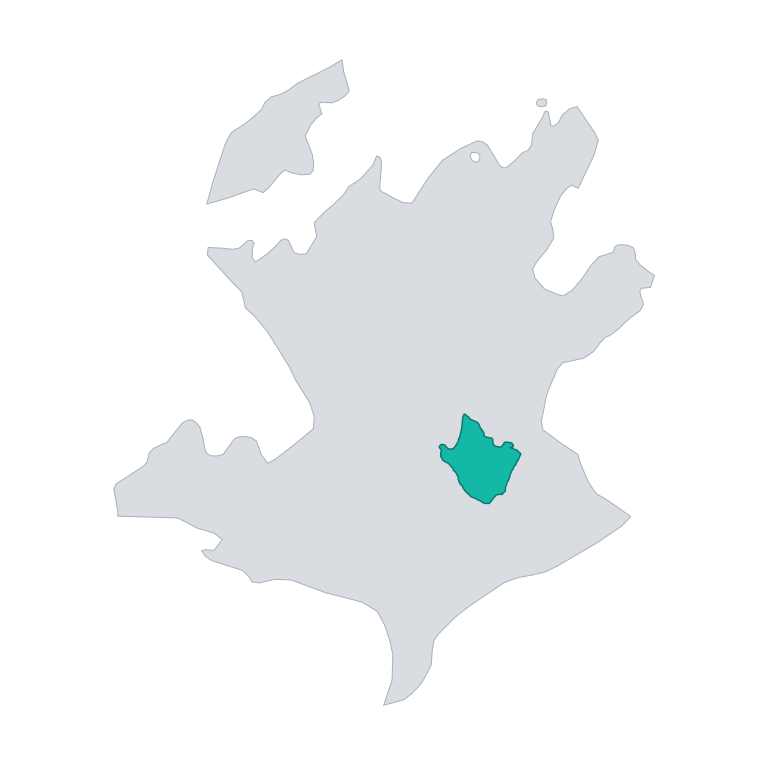 Ismailli District, İsmayıllı, Azerbaijan (highlighted), rotated 94°
{"feature_id": "54616110B45290451128830", "entity_name": "Ismailli District", "entity_type": "district", "adm_level": 2, "iso_a3": "AZE", "parent_name": "Azerbaijan", "parent_adm1": "İsmayıllı", "projection": "equal_earth", "projection_center": [48.125, 40.803], "detail": "fine", "context": "in_parent", "style": "filled", "palette": "teal", "viewbox_px": 768, "rotation_deg": 94, "n_neighbors": 0, "source": "geoboundaries", "source_scale": "gbopen_adm2", "svg_char_len": 5638}
<svg xmlns="http://www.w3.org/2000/svg" viewBox="0 0 768 768"><g transform="rotate(94 384 384)"><path d="M534.4,640.6L531.1,640.3L507.4,646.2L502.5,644.3L482.2,617.6L478.0,614.7L469.3,613.5L464.2,609.1L460.0,602.0L457.6,596.7L436.7,582.3L433.6,577.0L433.2,572.3L436.3,568.2L439.8,564.7L450.0,561.1L461.9,558.0L465.7,555.8L467.7,551.9L467.5,545.8L465.6,539.8L448.5,528.8L446.6,524.1L446.1,518.3L447.0,512.2L449.7,507.5L463.6,501.1L471.1,494.4L466.4,487.0L451.4,470.0L433.6,451.4L421.7,451.2L408.0,456.7L386.1,472.6L373.9,479.4L358.1,490.7L340.8,503.2L326.6,516.5L317.8,527.5L302.0,532.3L294.0,541.6L267.5,569.3L260.1,568.9L259.8,555.2L260.2,544.3L258.6,538.0L250.2,529.4L250.1,525.7L252.4,523.4L258.9,524.8L267.3,524.3L271.3,520.9L262.4,509.6L254.5,502.0L247.8,496.9L246.3,493.9L246.3,491.7L247.8,489.1L259.3,482.9L260.5,477.2L259.8,470.8L241.6,461.4L227.8,464.9L215.6,454.4L207.8,446.2L198.0,437.5L189.3,432.7L181.0,421.7L166.5,410.4L157.1,407.2L157.3,405.5L159.0,403.4L163.0,401.7L189.0,402.1L192.2,400.1L193.9,395.3L197.5,388.1L201.8,377.6L201.6,368.7L175.6,354.4L156.8,341.3L143.8,324.0L135.1,308.2L135.5,302.9L138.1,297.8L158.6,283.3L160.0,279.5L159.6,277.0L152.5,269.5L143.5,261.9L140.7,256.3L135.0,253.4L124.2,253.2L105.3,243.8L101.3,242.9L100.4,241.0L101.3,239.1L115.0,235.3L114.8,232.2L110.8,228.0L103.2,225.0L96.2,217.5L93.9,210.8L118.7,191.2L126.0,187.2L141.9,190.8L175.1,203.9L172.7,211.1L176.0,215.2L183.6,220.7L198.2,226.3L210.6,229.2L216.9,226.7L226.5,224.7L238.8,231.1L250.2,239.3L255.9,242.6L258.9,243.7L267.7,240.9L278.2,230.3L282.4,217.6L283.6,211.4L277.6,203.0L265.1,193.8L251.2,185.7L242.2,178.6L236.6,164.6L230.8,163.1L229.3,161.2L228.4,156.5L228.7,149.8L230.8,144.6L236.5,142.4L242.2,141.6L247.4,136.7L254.0,127.1L256.8,121.8L269.0,124.9L270.5,133.5L272.7,135.3L277.7,134.3L286.2,130.7L292.8,133.4L301.4,143.7L313.2,154.5L319.6,161.8L322.1,166.8L328.2,171.6L337.1,177.4L344.2,186.3L350.4,207.2L356.8,212.1L379.8,220.0L387.9,221.6L410.5,224.4L418.5,222.4L430.1,204.4L440.6,185.9L450.4,182.0L468.0,173.1L478.6,164.6L483.0,155.5L493.0,138.4L499.1,128.7L509.5,137.3L527.6,160.5L553.5,198.5L559.8,209.2L564.0,221.7L567.7,236.8L573.7,250.2L600.1,284.0L611.5,296.5L630.1,312.6L636.7,316.3L645.3,317.3L661.1,317.3L675.9,323.7L683.1,328.1L690.7,334.5L697.5,342.0L704.4,361.9L678.9,355.3L653.3,356.3L638.8,360.6L624.8,366.4L611.4,374.7L603.1,390.7L596.2,427.9L586.0,462.8L586.5,479.0L591.1,494.5L590.6,501.9L585.9,505.0L580.0,511.6L572.1,543.8L568.2,550.2L563.1,554.2L561.7,550.4L561.9,542.0L550.6,534.5L544.7,542.9L540.7,560.6L532.5,579.2L532.1,582.8L534.4,640.6ZM155.2,311.5L156.4,306.5L153.2,304.3L149.8,304.2L146.8,306.6L146.8,312.8L150.8,313.9L155.2,311.5ZM69.1,456.5L65.3,451.3L63.6,448.5L75.0,446.1L93.9,439.2L99.0,442.5L104.4,449.5L107.1,455.5L107.4,466.7L109.7,468.5L118.9,464.8L122.9,469.3L129.9,474.7L142.1,480.0L159.9,471.6L168.7,469.5L176.0,469.7L179.8,472.3L181.1,481.0L179.6,491.7L177.5,497.5L181.1,501.8L195.5,512.1L201.5,517.9L198.5,527.8L209.1,552.1L212.6,561.6L216.8,573.3L194.6,568.8L154.8,558.9L143.8,553.9L133.6,540.3L127.5,533.7L118.5,525.3L111.0,522.1L105.4,516.3L102.3,507.6L97.6,499.9L89.6,490.7L71.4,459.7L69.1,456.5ZM95.8,250.1L93.3,251.8L89.6,250.1L88.5,246.3L88.9,242.3L92.6,241.4L95.7,242.5L96.5,246.1L95.8,250.1Z" fill="#d9dde1" stroke="#a8b0b8" stroke-width="1"/><path d="M444.2,242.6L443.5,243.5L442.7,244.4L441.8,245.6L440.8,246.6L440.3,247.5L440.4,248.9L439.6,250.3L439.2,251.1L438.9,252.6L438.6,253.2L438.4,252.6L438.1,251.7L437.5,250.8L436.0,250.8L435.2,251.3L434.5,251.9L434.0,252.6L433.6,253.6L433.7,254.8L433.6,256.3L433.3,257.6L433.7,258.9L433.9,259.9L435.4,260.3L436.3,261.2L438.6,262.5L438.7,264.1L438.7,265.7L438.4,268.2L437.9,269.4L436.5,270.6L435.1,271.3L432.2,271.6L431.2,271.9L430.4,272.9L430.4,274.8L430.0,276.5L429.9,278.1L429.4,279.5L428.9,280.5L427.9,280.5L427.3,280.7L426.5,280.8L425.5,281.2L424.5,281.8L424.1,282.1L423.5,283.2L422.3,283.5L421.8,284.1L420.7,285.1L419.7,285.5L418.6,285.9L417.6,286.7L416.8,287.1L416.0,288.0L415.5,288.9L415.3,289.6L414.7,290.8L414.5,291.7L414.2,292.8L413.6,293.9L413.5,294.4L413.2,295.1L412.6,295.8L412.2,296.4L411.5,296.8L411.0,297.4L410.7,297.9L410.4,298.7L409.6,299.4L409.3,299.8L409.1,301.1L408.4,301.3L408.9,302.2L411.7,303.1L414.1,303.2L416.8,303.2L419.5,303.2L421.3,303.3L425.6,303.7L428.5,304.4L430.8,304.6L432.3,305.0L433.4,305.8L436.0,305.9L437.7,306.7L439.7,307.8L441.3,308.7L442.4,309.3L443.6,310.5L444.2,312.1L444.3,313.4L444.2,315.4L443.2,316.7L442.0,317.8L441.0,318.7L440.4,319.9L440.2,321.7L440.7,323.4L441.9,324.1L442.7,324.5L443.2,324.3L444.2,323.9L445.4,322.3L446.5,322.0L447.9,322.5L449.6,322.6L449.8,322.6L452.4,322.3L453.6,321.4L455.7,320.3L456.5,319.1L457.5,317.2L458.1,315.5L458.9,313.9L460.8,312.1L461.9,311.0L463.2,309.4L463.8,309.2L465.2,308.8L466.4,307.2L466.8,306.6L468.7,305.3L469.8,304.7L471.3,303.4L473.7,303.4L476.5,302.1L478.7,301.0L479.5,299.5L480.9,298.5L482.5,297.7L483.7,296.7L485.3,295.3L486.7,293.8L487.4,292.7L488.6,291.3L489.9,289.8L490.8,288.2L491.3,286.5L492.3,283.3L493.3,282.2L493.3,281.3L493.9,279.7L494.2,279.0L495.0,278.2L495.3,277.4L495.6,276.4L496.0,275.4L496.0,273.8L495.8,270.7L494.2,269.3L490.3,266.9L487.1,264.4L486.3,262.7L485.8,260.0L486.0,258.5L485.1,258.0L484.3,257.3L483.1,256.2L482.1,255.6L480.5,255.5L479.0,255.7L476.8,255.1L474.8,254.5L473.1,254.2L471.6,253.3L470.2,252.8L468.8,252.3L467.7,252.1L466.0,251.9L464.7,251.6L463.4,250.9L461.9,250.6L460.6,249.8L459.8,249.2L458.2,248.9L457.0,248.3L456.4,247.9L455.5,246.9L453.7,246.8L452.7,246.0L451.6,245.7L451.1,245.2L449.1,244.3L447.2,243.7L445.3,243.1L444.2,242.6Z" fill="#14b8a6" stroke="#0f766e" stroke-width="1.5"/></g></svg>